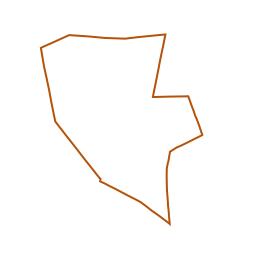 Peregu Mare, Arad, Romania (Equal Earth projection), rotated 80°
{"feature_id": "2599482B68506151114116", "entity_name": "Peregu Mare", "entity_type": "district", "adm_level": 2, "iso_a3": "ROU", "parent_name": "Romania", "parent_adm1": "Arad", "projection": "equal_earth", "projection_center": [20.934, 46.249], "detail": "fine", "context": "isolated", "style": "outline", "palette": "amber", "viewbox_px": 256, "rotation_deg": 80, "n_neighbors": 0, "source": "geoboundaries", "source_scale": "gbopen_adm2", "svg_char_len": 1550}
<svg xmlns="http://www.w3.org/2000/svg" viewBox="0 0 256 256"><g transform="rotate(80 128 128)"><path d="M108.9,198.5L109.9,198.0L111.2,197.3L113.6,196.1L125.1,190.0L140.4,181.8L150.6,176.5L160.5,171.1L166.5,167.9L169.1,166.5L172.8,164.4L173.2,163.9L175.7,164.7L178.8,160.3L181.9,156.3L185.8,151.0L194.5,139.8L200.2,132.2L203.2,128.4L207.9,124.0L210.1,122.0L211.7,120.6L213.7,118.8L215.1,117.4L219.7,112.8L222.8,109.9L225.3,107.6L228.7,104.4L229.7,103.6L226.8,103.3L223.8,103.1L220.8,102.8L218.3,102.5L215.4,102.3L211.9,102.1L207.0,101.5L203.0,101.1L197.6,100.6L193.0,100.0L188.5,99.3L184.6,98.7L179.6,97.8L174.9,96.9L171.0,95.5L167.5,93.9L163.8,92.6L163.0,92.3L160.3,91.3L158.6,90.7L158.0,89.0L157.1,87.0L155.6,83.3L154.5,78.6L153.3,74.5L152.1,70.2L151.6,68.7L150.6,65.4L149.2,60.6L148.4,57.8L147.7,56.0L144.8,56.5L142.0,56.9L138.0,57.5L134.1,58.2L130.1,59.0L127.5,59.7L126.1,59.9L121.9,60.5L118.0,61.3L114.0,62.0L111.6,62.4L107.2,63.2L106.7,66.7L106.0,71.1L105.2,76.0L104.7,79.2L103.9,84.2L103.3,88.4L102.7,92.1L102.2,96.0L101.8,98.1L100.7,97.7L98.4,96.8L94.7,95.4L92.8,94.6L89.2,93.2L85.6,91.8L82.0,90.4L78.4,89.0L74.8,87.6L71.0,86.2L65.3,84.0L61.5,82.5L57.6,80.9L53.7,79.3L49.3,77.6L46.7,76.6L42.4,74.9L42.3,76.2L42.1,78.5L41.8,82.0L40.3,101.6L39.5,115.4L35.5,134.3L35.0,136.2L31.0,150.9L26.3,169.8L26.4,170.0L26.5,170.4L26.6,170.8L26.6,171.0L27.2,173.4L30.9,187.8L33.2,197.1L33.8,199.2L34.0,199.9L36.3,199.9L37.2,199.9L50.2,200.0L53.4,200.0L62.2,199.6L76.9,199.1L91.0,199.0L108.9,198.5Z" fill="none" stroke="#b45309" stroke-width="2"/></g></svg>